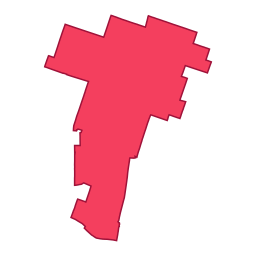 outline of Dabuleni, Dolj, Romania
{"feature_id": "2599482B70911893179485", "entity_name": "Dabuleni", "entity_type": "district", "adm_level": 2, "iso_a3": "ROU", "parent_name": "Romania", "parent_adm1": "Dolj", "projection": "mercator", "projection_center": [24.129, 43.802], "detail": "fine", "context": "isolated", "style": "filled", "palette": "rose", "viewbox_px": 256, "rotation_deg": 0, "n_neighbors": 0, "source": "geoboundaries", "source_scale": "gbopen_adm2", "svg_char_len": 5193}
<svg xmlns="http://www.w3.org/2000/svg" viewBox="0 0 256 256"><path d="M178.6,118.0L179.9,118.5L180.0,118.2L180.3,117.4L180.5,116.9L180.6,116.6L180.7,116.3L180.7,116.1L180.9,115.6L181.0,115.3L181.1,115.0L181.2,114.8L181.3,114.4L181.3,114.2L181.4,113.9L181.5,113.7L181.7,113.3L181.9,112.6L182.1,112.0L182.3,111.4L182.7,110.4L183.3,108.9L183.7,107.4L184.3,105.9L185.4,102.6L185.7,101.7L184.9,101.5L183.0,101.0L179.9,100.2L180.2,99.1L180.4,98.5L180.8,97.4L181.7,94.8L183.9,88.4L185.4,84.1L187.3,78.4L184.7,77.4L181.6,76.5L181.4,76.4L182.4,73.7L182.8,72.8L183.2,71.6L185.3,65.6L207.4,72.9L207.6,72.3L207.9,71.4L208.1,70.9L208.6,69.5L210.2,64.9L211.1,62.6L211.3,61.9L209.1,61.1L208.0,60.7L205.9,60.0L206.3,58.9L207.0,56.7L207.6,54.9L208.4,52.5L209.5,49.1L207.9,48.5L207.1,48.2L205.5,47.7L204.2,47.2L201.9,46.5L199.0,45.5L197.4,44.9L195.6,44.3L193.2,43.5L195.0,38.1L195.9,35.4L196.0,35.2L196.1,34.9L196.4,33.8L196.7,32.9L196.9,32.3L196.8,32.2L196.6,32.2L196.2,32.2L195.5,31.9L192.2,30.8L189.5,29.9L185.6,28.5L182.6,27.5L182.1,27.3L181.4,27.1L179.6,26.5L177.6,25.8L176.3,25.4L174.9,24.9L173.5,24.5L172.8,24.2L171.3,23.7L168.2,22.6L166.7,22.1L166.0,21.8L163.7,21.1L162.9,20.8L160.0,19.8L158.5,19.3L156.3,18.6L155.6,18.3L153.6,17.6L152.2,17.2L150.8,16.7L150.3,16.5L150.0,16.4L149.5,16.2L148.4,15.8L148.2,16.1L147.9,17.2L147.8,17.7L147.6,18.7L147.2,20.2L147.2,20.4L147.1,20.7L146.7,22.1L146.5,22.8L146.4,23.5L146.2,24.2L146.1,24.6L146.0,24.8L145.8,25.8L145.4,27.1L144.1,26.7L142.0,26.0L140.5,25.5L138.4,24.8L137.8,24.6L137.5,24.4L136.7,24.2L135.8,23.9L135.4,23.8L132.6,22.9L131.7,22.6L130.8,22.3L129.9,22.0L129.6,21.9L128.2,21.4L127.8,21.2L127.6,21.2L127.4,21.1L127.0,21.0L126.7,20.9L126.0,20.6L125.6,20.5L125.3,20.4L125.0,20.3L124.6,20.2L123.6,19.8L123.1,19.7L122.2,19.4L120.7,18.8L119.7,18.4L119.2,18.3L117.7,17.7L116.7,17.3L114.7,16.6L113.4,16.2L113.1,16.0L112.4,15.8L111.8,15.6L111.5,15.5L111.1,15.4L110.6,16.7L107.3,26.6L105.3,32.5L103.7,37.2L76.1,28.0L65.2,24.3L64.6,26.1L62.9,30.8L61.4,35.2L61.3,35.6L60.4,38.2L59.5,40.9L58.6,43.7L57.7,46.5L55.0,54.6L54.1,57.2L54.0,57.5L53.3,57.3L48.7,55.7L48.4,56.0L47.7,58.1L46.8,60.4L46.5,61.4L46.2,62.2L45.3,64.8L45.0,65.7L44.8,66.3L44.7,66.8L46.6,67.4L51.5,69.2L63.1,73.3L63.3,73.2L64.5,73.5L66.8,74.3L66.7,74.6L68.7,75.3L71.8,76.3L73.7,76.9L77.3,78.0L83.7,80.0L88.5,81.5L85.5,90.4L85.0,92.2L84.6,93.3L84.1,94.7L84.0,95.2L81.6,102.2L79.8,107.6L78.6,111.1L76.7,116.3L75.5,120.4L73.8,125.6L73.6,127.3L73.5,128.2L73.4,130.6L75.8,130.8L76.0,130.8L76.3,130.9L76.5,130.9L76.7,130.7L76.6,130.3L76.6,130.2L76.6,129.8L76.8,129.8L77.2,129.7L77.4,129.5L77.6,129.4L77.8,129.2L78.0,129.1L79.1,129.4L80.2,129.7L81.1,130.0L81.9,130.3L81.5,131.3L81.1,132.4L81.1,132.5L80.6,132.7L80.0,132.8L80.0,133.5L80.1,136.1L80.1,137.7L80.1,138.3L80.1,138.9L80.1,139.4L80.2,145.5L78.6,145.5L77.9,145.5L74.6,145.5L74.7,152.3L75.1,152.3L74.9,153.9L74.7,153.9L74.7,155.0L74.7,155.9L74.7,156.3L74.7,158.0L74.7,159.9L74.7,161.2L74.6,164.7L74.7,167.2L74.6,168.4L74.7,171.2L74.7,172.9L74.7,176.5L74.6,178.1L74.6,179.8L74.6,181.4L74.6,182.0L74.6,185.3L75.0,185.3L76.5,185.1L77.9,184.9L79.7,184.5L81.2,184.3L82.2,183.8L83.7,182.9L91.0,186.0L90.6,187.6L90.0,189.5L89.6,190.9L88.1,195.3L85.8,202.0L84.4,201.4L82.5,200.8L81.8,200.5L80.6,200.1L77.7,199.1L77.2,200.2L75.4,205.3L75.1,206.4L74.9,207.0L74.6,208.0L74.5,208.3L74.4,208.5L74.3,208.8L74.0,209.4L73.9,209.8L73.7,210.3L73.5,210.7L73.4,210.8L73.3,211.0L73.2,211.3L73.2,211.6L73.0,212.2L72.9,212.3L72.8,212.5L72.7,212.9L72.6,213.2L71.0,217.5L75.3,219.4L75.4,219.5L75.7,219.6L77.7,220.9L82.3,223.6L85.3,226.5L84.3,228.1L87.3,231.1L87.6,231.3L88.1,231.8L91.5,234.9L95.7,237.7L96.7,238.1L99.9,238.7L100.2,238.8L100.3,238.8L100.5,238.8L102.9,239.1L107.6,239.3L113.0,239.9L116.6,240.6L116.7,240.0L117.0,238.4L117.7,234.6L117.8,233.8L118.0,232.4L118.2,231.5L118.2,231.4L118.7,227.5L118.7,227.4L118.8,227.2L118.9,226.8L118.9,226.7L119.0,226.5L119.2,226.4L119.3,226.4L119.3,226.1L119.2,226.0L119.2,225.9L119.2,225.7L119.2,225.3L119.2,225.2L119.3,224.8L119.4,224.5L119.5,224.4L119.6,224.1L119.5,223.8L119.5,223.7L119.3,223.6L119.4,223.4L119.4,223.2L119.4,222.9L119.2,222.7L118.9,222.6L118.7,222.5L118.6,222.4L118.4,222.3L118.3,222.2L118.1,221.8L118.0,221.6L118.3,221.2L118.5,220.9L118.7,220.6L119.1,218.8L119.4,217.0L119.6,216.2L119.7,215.7L120.0,214.5L120.0,214.2L120.3,213.1L120.5,212.2L122.3,205.3L122.9,203.0L123.7,199.9L124.3,197.8L124.9,194.0L126.5,182.9L127.3,176.9L127.5,174.7L127.7,172.6L128.3,168.1L129.5,160.3L129.6,159.1L129.8,158.0L129.9,157.9L131.1,158.0L133.3,158.1L134.1,158.1L135.6,157.8L135.1,156.4L135.8,156.6L136.9,157.1L137.4,155.1L138.3,152.0L139.5,148.5L140.1,146.5L140.9,143.8L141.7,141.4L142.4,138.8L142.9,137.5L143.2,136.5L143.4,135.9L144.9,131.3L145.6,129.3L147.6,123.0L148.6,120.3L149.0,119.0L149.6,117.5L150.4,115.5L150.7,114.9L151.3,115.0L162.3,118.8L167.2,120.5L167.7,119.1L168.2,117.1L169.1,114.8L169.4,114.9L169.6,115.0L170.0,115.1L170.4,115.2L170.9,115.4L171.4,115.5L171.5,115.6L171.8,115.6L172.1,115.8L172.3,115.9L172.6,116.0L173.1,116.2L173.5,116.3L174.2,116.6L175.0,116.8L175.5,117.0L175.8,117.1L176.1,117.2L176.6,117.4L177.5,117.7L178.1,117.9L178.6,118.0Z" fill="#f43f5e" stroke="#9f1239" stroke-width="1.5"/></svg>